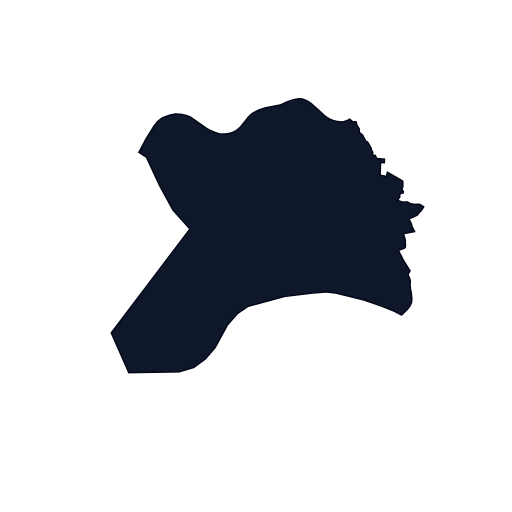 Hai An, Vietnam (Natural Earth projection), rotated 123°
{"feature_id": "81297802B19362557849536", "entity_name": "Hai An", "entity_type": "district", "adm_level": 2, "iso_a3": "VNM", "parent_name": "Vietnam", "parent_adm1": "", "projection": "natural_earth1", "projection_center": [106.726, 20.827], "detail": "fine", "context": "isolated", "style": "filled", "palette": "ink", "viewbox_px": 512, "rotation_deg": 123, "n_neighbors": 0, "source": "geoboundaries", "source_scale": "gbopen_adm2", "svg_char_len": 2525}
<svg xmlns="http://www.w3.org/2000/svg" viewBox="0 0 512 512"><g transform="rotate(123 256 256)"><path d="M423.1,299.1L395.1,257.5L389.3,252.5L383.4,247.5L369.8,242.4L354.9,240.4L329.4,242.4L314.3,240.2L302.6,235.3L274.2,209.9L263.6,197.2L255.7,187.7L248.0,177.6L243.7,169.2L234.3,142.1L229.7,123.8L227.1,110.6L226.2,101.8L217.8,99.9L213.9,99.7L210.3,100.2L206.7,102.2L202.2,105.9L200.0,108.1L196.3,111.1L195.4,111.6L193.3,112.7L191.2,114.7L189.8,117.0L188.8,118.3L187.2,118.6L184.6,118.7L179.5,129.6L173.8,139.7L168.3,135.6L167.6,135.6L165.8,136.3L164.1,137.6L161.8,139.1L159.7,141.3L157.0,144.5L149.1,136.3L146.4,141.1L144.9,142.7L144.2,143.6L143.6,144.6L142.9,145.9L141.5,147.9L141.5,148.0L140.7,147.4L139.4,146.5L139.0,146.2L138.2,145.7L134.5,143.4L133.9,143.1L133.1,142.9L132.1,142.9L128.9,142.4L127.3,142.1L125.0,142.1L123.4,142.2L123.5,146.5L124.0,147.7L126.2,151.0L127.3,153.1L127.7,154.4L128.0,155.5L128.2,156.9L128.3,157.5L128.1,157.9L128.0,158.1L128.1,158.3L130.6,161.8L130.8,162.1L131.4,163.9L131.5,164.4L132.2,167.5L132.3,167.6L128.0,167.6L127.9,168.6L124.3,168.7L124.1,168.6L124.0,168.4L123.2,166.9L121.3,167.9L121.8,169.4L118.4,170.5L117.7,170.9L117.3,171.0L114.7,172.7L113.9,173.3L113.4,173.7L113.3,174.1L113.5,179.5L113.6,180.5L114.2,191.4L118.2,189.9L120.1,194.7L120.6,196.0L109.7,202.4L107.9,199.2L105.7,200.4L104.8,201.0L108.5,207.9L106.7,210.7L107.2,211.7L107.4,212.4L107.4,213.2L106.3,214.9L105.3,214.5L103.8,218.0L103.0,217.9L100.0,223.7L99.6,224.9L100.6,225.6L100.1,226.0L97.6,230.6L97.0,231.6L96.4,233.3L96.3,235.3L96.1,236.5L93.2,238.7L92.8,239.4L91.4,242.5L91.0,243.0L89.5,244.5L88.9,245.3L89.8,246.4L90.0,246.7L90.2,246.8L90.3,247.0L90.5,247.4L90.6,247.9L90.7,248.4L90.7,249.0L90.5,250.1L90.1,251.9L91.6,252.6L93.6,254.0L95.9,255.8L97.7,258.4L99.4,262.2L100.4,265.3L101.0,268.6L101.1,270.8L101.2,271.8L100.9,275.5L99.8,281.7L98.1,292.5L98.0,296.5L98.5,300.2L99.3,303.3L100.8,305.7L103.0,308.2L106.3,311.2L110.3,314.2L115.9,317.7L118.5,320.4L126.6,328.8L132.0,333.2L137.7,336.4L140.6,337.4L143.8,338.1L146.8,338.3L150.2,338.7L153.4,339.0L156.2,339.3L158.3,339.8L160.9,340.7L162.5,341.3L164.1,342.3L166.0,343.6L168.8,346.2L170.6,348.5L172.9,351.9L173.6,353.5L174.8,358.1L175.7,363.8L175.9,367.0L175.2,387.1L176.1,390.9L177.9,395.8L180.8,401.0L185.0,405.2L191.1,409.8L196.5,411.7L202.5,412.3L213.2,412.1L217.6,412.0L219.0,411.9L221.9,411.6L232.8,410.7L232.8,401.7L249.5,375.1L262.7,350.6L268.8,328.1L269.3,326.1L399.3,335.5L423.1,299.1Z" fill="#0f172a" stroke="#020617" stroke-width="1.5"/></g></svg>